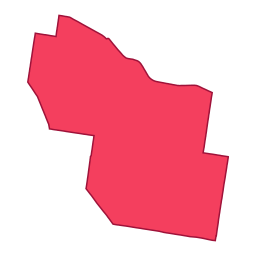 Glen Eira, Victoria, Australia
{"feature_id": "25037944B56718384218889", "entity_name": "Glen Eira", "entity_type": "district", "adm_level": 2, "iso_a3": "AUS", "parent_name": "Australia", "parent_adm1": "Victoria", "projection": "mercator", "projection_center": [145.042, -37.899], "detail": "fine", "context": "isolated", "style": "filled", "palette": "rose", "viewbox_px": 256, "rotation_deg": 0, "n_neighbors": 0, "source": "geoboundaries", "source_scale": "gbopen_adm2", "svg_char_len": 5216}
<svg xmlns="http://www.w3.org/2000/svg" viewBox="0 0 256 256"><path d="M113.0,224.1L114.5,224.4L115.6,224.6L117.5,224.9L118.8,225.0L119.8,225.2L123.4,225.7L124.9,225.9L125.8,226.0L128.9,226.5L132.5,227.1L132.9,227.2L133.8,227.3L136.1,227.7L137.6,227.9L139.8,228.2L141.1,228.4L142.1,228.6L144.6,229.0L146.6,229.3L147.3,229.4L148.6,229.6L151.7,230.1L152.5,230.2L153.7,230.4L159.5,231.3L160.1,231.5L162.4,232.0L163.8,232.4L165.8,232.7L166.1,232.8L168.5,233.1L169.7,233.3L171.6,233.6L174.1,234.0L175.1,234.2L181.3,235.1L182.3,235.3L184.0,235.6L186.5,236.0L189.7,236.6L190.5,236.7L193.0,236.9L195.4,237.1L196.1,237.1L196.4,237.2L200.2,237.8L201.4,238.0L201.5,238.0L205.3,238.8L208.4,239.5L208.6,239.5L208.9,239.6L212.4,240.3L215.3,240.6L215.4,239.8L215.4,239.6L215.7,238.0L215.8,237.4L216.0,236.2L216.0,235.9L216.3,235.9L217.1,229.8L218.1,223.3L218.2,222.6L218.3,221.5L218.5,220.0L218.6,219.1L219.0,216.8L219.1,215.9L219.3,214.5L219.6,212.8L219.7,212.2L220.0,209.9L220.4,207.6L220.7,205.3L221.1,203.0L221.4,200.8L221.4,200.7L221.9,198.3L222.5,194.0L223.1,190.4L223.2,189.4L223.3,188.7L223.5,187.3L223.6,186.6L223.9,184.5L224.4,181.7L224.9,178.8L225.3,176.4L225.7,173.5L225.9,172.5L226.5,168.6L226.6,168.0L226.7,167.3L227.0,164.9L227.2,164.1L227.5,162.2L227.9,159.5L228.0,158.8L228.2,157.7L228.2,156.7L221.4,155.7L220.1,155.4L217.8,155.1L215.6,154.7L214.3,154.5L212.5,154.2L211.8,154.1L210.1,153.9L209.4,153.8L207.7,153.5L206.8,153.4L205.5,153.2L203.1,152.8L203.9,148.1L204.1,147.2L204.4,144.9L204.5,144.2L205.0,140.6L205.1,140.1L205.3,138.9L205.6,136.8L205.7,136.5L205.8,135.6L206.0,134.0L206.2,132.9L206.4,131.6L206.7,129.1L206.8,128.5L207.3,125.0L207.9,120.8L208.0,120.3L208.4,117.8L208.5,117.3L208.7,115.3L209.0,113.6L209.1,113.2L209.3,111.6L209.4,111.0L209.4,110.8L209.7,108.7L210.0,107.1L210.2,105.6L210.6,102.9L211.0,100.3L211.4,97.4L211.8,95.2L211.9,94.7L212.2,92.6L210.7,91.9L209.6,91.4L208.2,90.8L207.0,90.2L204.4,89.0L202.8,88.3L202.0,87.9L200.2,87.0L198.5,86.2L198.1,86.1L197.8,86.0L197.4,85.8L197.1,85.7L196.7,85.6L196.4,85.5L196.0,85.4L195.4,85.4L194.8,85.3L193.7,85.3L192.6,85.3L191.6,85.3L187.9,85.4L184.7,85.5L183.5,85.5L182.2,85.5L181.4,85.5L179.6,85.6L179.0,85.6L178.5,85.5L178.0,85.5L177.5,85.5L177.0,85.4L176.1,85.2L174.4,84.9L173.2,84.7L172.1,84.5L171.8,84.4L169.5,84.0L169.3,84.0L168.1,83.7L166.6,83.5L163.6,82.9L160.9,82.4L158.2,81.9L156.8,81.6L156.2,81.5L155.5,81.3L154.9,81.1L154.5,81.0L154.1,80.8L153.6,80.6L153.0,80.3L152.6,80.1L152.2,79.8L151.8,79.6L151.4,79.3L151.0,79.0L150.5,78.6L150.1,78.3L149.8,78.0L149.5,77.6L149.3,77.4L149.0,77.1L148.7,76.8L148.4,76.4L148.0,75.8L147.6,75.0L146.5,73.2L145.9,72.1L143.8,68.6L143.2,67.5L142.8,66.8L142.0,65.6L141.3,64.5L141.1,64.1L140.8,63.8L140.5,63.4L140.2,63.0L139.8,62.6L139.3,62.1L138.7,61.6L138.1,61.2L137.1,60.7L133.7,59.6L133.0,59.3L131.6,59.1L130.7,59.0L130.1,58.9L129.6,58.8L128.9,58.7L128.7,58.7L126.6,58.2L126.1,58.0L124.1,56.5L123.8,56.2L122.6,55.1L122.0,54.4L121.8,54.1L119.7,51.7L118.3,50.2L117.6,49.4L116.8,48.4L115.4,46.7L114.5,45.6L113.2,44.1L110.5,40.7L109.0,38.9L108.9,38.8L108.7,38.6L108.3,38.5L108.1,38.4L107.9,38.4L107.6,38.5L107.3,38.6L107.1,38.7L107.0,38.8L106.9,38.8L106.6,38.8L106.3,38.8L106.2,38.7L104.9,37.4L104.7,37.2L103.6,36.3L102.2,35.3L101.8,35.0L101.7,34.9L101.4,34.8L99.7,33.8L99.3,33.6L98.2,33.0L97.9,32.8L96.7,32.2L95.8,31.7L94.2,30.8L93.3,30.3L92.2,29.7L89.9,28.4L87.7,27.2L85.7,26.1L81.9,24.0L81.6,23.8L79.3,22.5L77.9,21.7L76.0,20.7L73.7,19.5L71.0,17.9L69.7,17.2L66.0,16.5L65.5,16.5L64.0,16.2L61.9,15.8L59.0,15.4L58.8,16.9L58.7,17.7L58.6,18.6L58.4,19.6L58.3,20.3L58.3,20.7L58.2,21.5L58.0,22.2L58.0,22.8L57.9,23.2L57.6,25.5L57.4,26.9L57.2,27.8L57.0,29.7L56.9,29.9L56.6,31.8L56.3,34.1L56.3,34.3L56.2,35.1L56.0,36.5L52.3,35.9L50.8,35.7L48.1,35.2L46.8,35.0L45.7,34.8L44.4,34.7L43.2,34.5L41.3,34.2L39.3,33.9L39.1,33.8L38.8,33.8L35.3,33.2L35.0,35.4L34.7,37.4L34.6,37.6L34.3,39.6L34.2,40.2L33.9,42.0L33.2,46.7L32.9,48.6L32.5,51.3L32.1,53.9L31.9,55.3L31.8,56.3L31.5,57.8L31.4,58.4L31.1,60.2L31.1,60.6L30.7,63.2L30.5,64.3L30.4,65.3L30.2,66.8L30.1,67.2L29.8,68.8L29.4,72.0L29.2,72.8L29.2,73.1L28.7,76.2L28.6,77.2L28.4,78.2L28.3,78.7L27.8,82.1L28.4,83.0L28.7,83.5L30.2,85.7L31.8,88.0L33.1,90.0L33.7,90.9L35.5,93.7L37.3,96.3L37.6,96.7L37.6,96.9L39.1,100.6L39.6,101.8L40.3,103.5L42.9,110.0L43.4,111.1L44.9,114.9L45.3,115.7L45.6,116.6L45.9,117.4L48.0,122.6L48.7,124.2L48.9,125.4L49.0,125.9L49.5,128.7L49.5,128.9L51.7,129.2L52.5,129.4L54.4,129.7L56.8,130.0L57.2,130.1L60.1,130.5L62.9,130.9L64.8,131.2L66.2,131.5L66.4,131.5L70.4,132.1L71.0,132.2L73.6,132.6L75.0,132.8L75.5,132.9L78.6,133.3L81.1,133.7L83.5,134.1L84.3,134.2L86.7,134.5L88.3,134.8L94.0,135.6L93.4,140.2L93.1,141.8L93.0,142.7L92.9,143.3L92.8,144.2L92.4,146.9L92.4,147.0L92.1,149.3L91.7,151.7L91.4,153.9L91.2,155.6L91.1,155.8L90.8,156.0L90.7,156.1L90.5,156.4L90.3,158.4L90.1,159.4L90.1,160.0L89.9,161.5L89.7,162.8L89.4,165.2L89.1,167.4L88.8,169.4L88.8,169.7L88.5,171.6L88.5,171.9L87.8,177.0L87.6,178.1L87.3,180.5L87.0,182.6L86.2,187.8L86.0,188.6L90.4,194.3L90.9,194.9L91.4,195.5L95.8,201.6L96.7,202.9L99.0,205.8L102.8,210.6L103.4,211.4L105.0,213.3L106.3,214.9L107.0,215.8L107.8,217.0L109.1,218.7L113.0,224.1Z" fill="#f43f5e" stroke="#9f1239" stroke-width="1.5"/></svg>